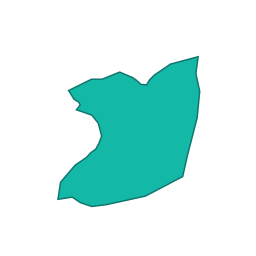 SVG path tracing the border of Velike Lašče, rotated 293°
{"feature_id": "SVN-1000", "entity_name": "Velike Lašče", "entity_type": "Municipality", "adm_level": 1, "iso_a3": "SVN", "parent_name": "Slovenia", "parent_adm1": "", "projection": "robinson", "projection_center": [14.586, 45.849], "detail": "fine", "context": "isolated", "style": "filled", "palette": "teal", "viewbox_px": 256, "rotation_deg": 293, "n_neighbors": 0, "source": "natural_earth", "source_scale": "10m", "svg_char_len": 590}
<svg xmlns="http://www.w3.org/2000/svg" viewBox="0 0 256 256"><g transform="rotate(293 128 128)"><path d="M49.1,138.2L41.6,125.3L40.7,113.2L42.6,103.7L35.0,91.4L51.7,87.1L73.2,93.9L84.4,101.1L91.1,103.6L95.9,106.6L102.4,107.2L110.3,106.9L120.8,98.8L125.7,89.7L124.6,73.4L130.5,75.0L132.6,72.5L133.3,67.2L139.3,58.7L158.7,75.4L162.8,85.1L176.2,98.5L176.2,112.5L175.2,117.2L173.2,122.8L174.9,128.2L180.9,129.1L187.0,131.6L203.5,142.2L221.0,164.7L204.7,169.2L189.7,179.7L164.6,187.6L126.2,193.4L104.7,197.3L72.1,170.6L49.1,138.2Z" fill="#14b8a6" stroke="#0f766e" stroke-width="1.5"/></g></svg>